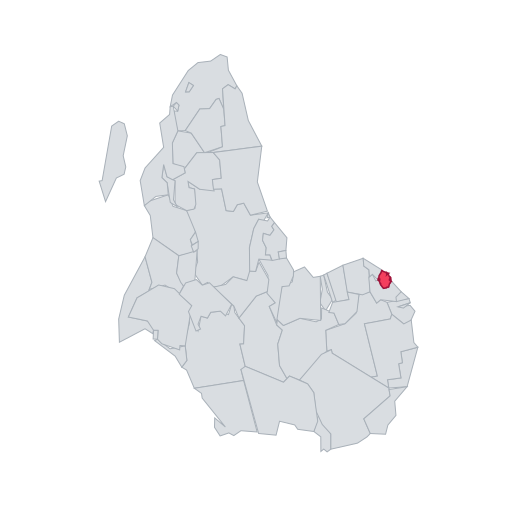 Sierra Leone highlighted on a map of Africa, rotated 171°
{"feature_id": "SLE", "entity_name": "Sierra Leone", "entity_type": "country or territory", "adm_level": 0, "iso_a3": "SLE", "parent_name": "Africa", "parent_adm1": "", "projection": "equal_earth", "projection_center": [-11.928, 8.452], "detail": "fine", "context": "in_parent", "style": "filled", "palette": "rose", "viewbox_px": 512, "rotation_deg": 171, "n_neighbors": 49, "source": "natural_earth", "source_scale": "50m", "svg_char_len": 11728}
<svg xmlns="http://www.w3.org/2000/svg" viewBox="0 0 512 512"><g transform="rotate(171 256 256)"><path d="M332.2,268.3L354.9,290.2L354.1,312.5L358.4,323.2L354.8,326.6L333.1,330.2L330.2,318.0L317.4,311.7L312.9,301.0L312.0,289.1L318.3,282.4L316.9,269.4L332.2,268.3Z" fill="#d9dde1" stroke="#a8b0b8" stroke-width="1"/><path d="M145.5,104.8L145.5,113.2L131.9,112.9L132.0,127.2L128.1,127.7L127.9,138.8L110.4,140.6L127.2,103.3L145.5,104.8Z" fill="#d9dde1" stroke="#a8b0b8" stroke-width="1"/><path d="M312.0,289.1L317.4,311.7L308.7,312.7L306.2,331.8L311.5,334.0L311.5,340.3L301.1,330.7L279.5,327.7L278.4,305.5L271.4,303.5L266.5,309.6L259.8,310.1L255.1,297.2L237.1,296.7L243.4,289.1L247.6,291.9L253.9,283.5L261.2,265.2L264.9,238.0L268.9,233.1L281.8,239.0L295.8,231.8L303.3,231.9L308.0,237.5L313.6,235.6L320.2,249.7L314.6,259.2L312.0,289.1Z" fill="#d9dde1" stroke="#a8b0b8" stroke-width="1"/><path d="M365.7,272.6L362.9,246.3L367.8,237.8L380.0,233.3L391.6,215.7L373.4,208.8L368.0,200.7L370.2,195.5L377.0,201.5L404.4,192.2L401.5,215.2L392.2,237.9L365.7,272.6Z" fill="#d9dde1" stroke="#a8b0b8" stroke-width="1"/><path d="M354.9,290.2L332.2,268.3L337.1,251.5L332.3,237.7L337.8,230.3L350.4,241.5L366.6,239.7L362.9,246.3L365.7,272.6L354.9,290.2Z" fill="#d9dde1" stroke="#a8b0b8" stroke-width="1"/><path d="M290.6,214.4L287.2,211.8L285.7,210.1L285.8,203.5L278.2,189.0L282.0,171.1L285.7,171.5L283.8,146.3L288.6,146.3L287.7,135.0L337.6,135.0L342.4,154.2L346.7,157.8L340.6,163.7L339.7,183.3L332.1,200.4L331.4,211.7L325.0,190.9L319.7,205.1L313.7,202.3L309.5,207.5L299.8,207.1L292.4,202.4L287.6,212.1L290.6,214.4Z" fill="#d9dde1" stroke="#a8b0b8" stroke-width="1"/><path d="M283.9,148.7L285.7,171.5L282.0,171.1L278.2,189.0L282.6,197.4L262.0,216.4L250.4,219.1L244.3,206.7L250.8,204.1L246.4,184.7L241.6,178.7L248.3,165.6L249.9,144.1L244.6,130.1L248.6,127.0L283.9,148.7Z" fill="#d9dde1" stroke="#a8b0b8" stroke-width="1"/><path d="M248.3,427.1L250.5,424.3L256.7,429.6L262.9,426.4L264.9,406.0L267.9,417.4L270.9,416.9L278.8,408.8L288.5,410.0L306.3,390.9L313.6,391.8L315.3,403.7L314.0,412.0L310.7,411.3L308.5,417.0L310.6,420.0L317.4,416.9L313.3,428.0L293.9,449.8L283.1,456.1L270.3,455.6L259.7,460.6L253.4,457.1L254.2,443.8L248.3,427.1ZM299.9,429.1L296.3,428.6L291.1,434.2L295.2,437.8L299.9,429.1Z" fill="#d9dde1" stroke="#a8b0b8" stroke-width="1"/><path d="M299.9,429.1L295.2,437.8L291.1,434.2L296.3,428.6L299.9,429.1Z" fill="#d9dde1" stroke="#a8b0b8" stroke-width="1"/><path d="M313.6,391.8L300.7,387.5L290.7,366.1L298.3,367.3L313.1,353.3L323.6,360.3L320.9,380.8L313.6,391.8Z" fill="#d9dde1" stroke="#a8b0b8" stroke-width="1"/><path d="M306.3,390.9L288.5,410.0L278.8,408.8L270.9,416.9L267.9,417.4L264.9,406.0L266.2,389.6L270.4,389.4L272.0,369.1L290.7,366.1L300.7,387.5L306.3,390.9Z" fill="#d9dde1" stroke="#a8b0b8" stroke-width="1"/><path d="M266.2,389.6L262.9,426.4L256.7,429.6L250.5,424.3L248.3,427.1L244.3,418.9L242.4,391.0L233.1,363.6L290.0,365.2L272.0,369.1L270.4,389.4L266.2,389.6Z" fill="#d9dde1" stroke="#a8b0b8" stroke-width="1"/><path d="M111.5,183.1L107.6,176.6L114.1,166.6L120.7,165.8L131.0,177.2L133.9,189.8L111.6,190.1L110.9,185.7L123.8,183.6L111.5,183.1Z" fill="#d9dde1" stroke="#a8b0b8" stroke-width="1"/><path d="M133.9,189.8L131.0,177.2L133.2,172.8L159.5,172.1L154.9,118.4L161.3,118.3L196.0,148.1L196.2,151.7L200.9,151.1L198.8,171.7L178.7,175.2L166.2,183.8L160.3,201.9L149.0,202.8L144.2,190.6L139.7,193.3L133.9,189.8Z" fill="#d9dde1" stroke="#a8b0b8" stroke-width="1"/><path d="M110.4,140.6L127.9,138.8L128.1,127.7L132.0,127.2L131.9,112.9L145.5,113.2L145.5,104.8L161.3,118.3L154.9,118.4L159.5,172.1L133.2,172.8L131.0,177.2L120.7,165.8L112.7,168.5L113.6,145.8L110.4,140.6Z" fill="#d9dde1" stroke="#a8b0b8" stroke-width="1"/><path d="M195.7,225.9L192.1,226.6L191.1,209.1L187.1,201.3L195.9,191.0L200.2,199.8L195.7,212.8L195.7,225.9Z" fill="#d9dde1" stroke="#a8b0b8" stroke-width="1"/><path d="M244.6,130.1L249.9,144.1L248.3,165.6L241.6,178.7L246.4,184.7L244.8,189.6L239.8,183.1L222.4,187.6L206.9,181.6L201.2,183.5L199.3,194.4L187.9,187.4L184.9,175.4L198.8,171.7L200.9,151.1L232.4,126.7L241.7,132.2L244.6,130.1Z" fill="#d9dde1" stroke="#a8b0b8" stroke-width="1"/><path d="M195.7,225.9L202.2,182.2L222.4,187.6L239.8,183.1L246.6,191.9L235.1,221.7L224.2,224.8L221.1,234.6L209.8,237.6L202.8,225.9L195.7,225.9Z" fill="#d9dde1" stroke="#a8b0b8" stroke-width="1"/><path d="M246.1,187.4L250.8,204.1L244.3,206.7L251.0,217.5L247.2,234.9L253.7,252.5L226.2,249.3L221.1,236.3L222.2,230.5L228.0,221.3L235.1,221.7L246.1,187.4Z" fill="#d9dde1" stroke="#a8b0b8" stroke-width="1"/><path d="M187.6,198.2L192.1,226.6L188.6,227.9L183.5,199.9L187.6,198.2Z" fill="#d9dde1" stroke="#a8b0b8" stroke-width="1"/><path d="M183.8,198.1L188.6,227.9L171.6,233.3L171.0,198.4L183.8,198.1Z" fill="#d9dde1" stroke="#a8b0b8" stroke-width="1"/><path d="M149.0,202.8L156.9,201.0L171.5,206.1L171.6,233.3L150.5,237.0L151.1,229.2L146.6,224.7L149.0,202.8Z" fill="#d9dde1" stroke="#a8b0b8" stroke-width="1"/><path d="M124.4,189.0L139.7,193.3L144.2,190.6L149.0,202.8L147.9,217.6L143.9,219.7L141.5,212.6L138.3,213.7L135.6,203.8L126.4,210.4L118.2,198.0L124.4,189.0Z" fill="#d9dde1" stroke="#a8b0b8" stroke-width="1"/><path d="M111.6,190.1L124.4,189.0L124.2,193.5L118.2,198.0L111.6,190.1Z" fill="#d9dde1" stroke="#a8b0b8" stroke-width="1"/><path d="M147.2,217.6L146.6,224.7L151.1,229.2L150.5,237.0L134.2,222.8L139.5,213.3L143.9,219.7L147.2,217.6Z" fill="#d9dde1" stroke="#a8b0b8" stroke-width="1"/><path d="M160.3,201.9L165.0,185.3L178.7,175.2L184.9,175.4L187.9,187.4L192.9,188.8L187.6,198.2L171.0,198.4L171.5,206.1L160.3,201.9Z" fill="#d9dde1" stroke="#a8b0b8" stroke-width="1"/><path d="M303.3,231.9L290.4,232.7L281.8,239.0L268.9,233.1L264.6,242.1L258.8,240.8L254.0,249.4L247.0,230.7L250.4,219.1L262.0,216.4L282.6,197.4L285.7,210.1L303.3,231.9Z" fill="#d9dde1" stroke="#a8b0b8" stroke-width="1"/><path d="M264.6,242.1L261.2,265.2L253.9,283.5L247.6,291.9L239.1,288.8L236.0,292.3L232.5,286.1L235.8,282.8L234.2,279.0L239.0,274.2L245.2,277.2L247.1,270.5L244.6,262.5L246.5,255.7L242.1,255.0L241.2,249.4L253.7,252.5L258.8,240.8L264.6,242.1Z" fill="#d9dde1" stroke="#a8b0b8" stroke-width="1"/><path d="M233.3,249.4L240.7,249.0L242.1,255.0L246.5,255.7L244.6,262.5L247.1,270.5L245.2,277.2L239.0,274.2L234.2,279.0L235.8,282.8L232.5,286.1L222.6,269.2L225.6,256.8L233.4,256.5L233.3,249.4Z" fill="#d9dde1" stroke="#a8b0b8" stroke-width="1"/><path d="M226.2,249.3L233.3,249.4L233.4,256.5L225.6,256.8L226.2,249.3Z" fill="#d9dde1" stroke="#a8b0b8" stroke-width="1"/><path d="M317.4,311.7L327.9,319.5L324.2,342.9L326.4,344.4L313.0,349.2L313.1,353.3L298.3,367.3L282.1,364.9L276.9,356.6L278.1,338.2L287.1,338.3L287.2,326.8L301.1,330.7L311.5,340.3L311.5,334.0L306.2,331.8L307.3,316.5L309.9,312.0L317.4,311.7Z" fill="#d9dde1" stroke="#a8b0b8" stroke-width="1"/><path d="M326.0,316.9L332.3,322.3L332.3,342.2L336.7,348.1L332.9,360.8L331.5,348.2L324.2,342.9L328.7,324.4L326.0,316.9Z" fill="#d9dde1" stroke="#a8b0b8" stroke-width="1"/><path d="M333.1,330.2L345.6,330.5L358.4,323.2L358.6,348.6L351.8,360.3L330.2,377.8L330.3,402.4L319.2,409.3L317.4,416.9L314.3,416.9L313.6,391.8L320.9,380.8L323.6,360.3L313.2,355.5L313.0,349.2L326.4,344.4L331.5,348.2L332.9,360.8L336.7,348.1L332.3,342.2L333.1,330.2Z" fill="#d9dde1" stroke="#a8b0b8" stroke-width="1"/><path d="M314.3,416.9L310.6,420.0L308.5,417.0L310.7,411.3L314.3,416.9Z" fill="#d9dde1" stroke="#a8b0b8" stroke-width="1"/><path d="M236.0,292.3L239.1,292.0L237.1,296.7L236.0,292.3ZM237.7,298.5L255.1,297.2L259.8,310.1L266.5,309.6L271.4,303.5L278.4,305.5L279.5,327.7L287.6,328.6L287.1,338.3L278.1,338.2L276.9,356.6L282.1,364.9L233.1,363.6L243.1,328.9L237.7,298.5Z" fill="#d9dde1" stroke="#a8b0b8" stroke-width="1"/><path d="M317.1,276.9L318.3,282.4L312.0,289.1L310.8,279.4L317.1,276.9Z" fill="#d9dde1" stroke="#a8b0b8" stroke-width="1"/><path d="M396.1,333.2L399.2,354.5L396.2,354.5L378.2,406.9L370.6,410.6L365.4,407.2L364.3,394.8L371.5,375.8L370.7,364.3L373.5,357.4L381.7,354.9L396.1,333.2Z" fill="#d9dde1" stroke="#a8b0b8" stroke-width="1"/><path d="M110.9,185.7L118.5,181.5L123.8,183.6L110.9,185.7Z" fill="#d9dde1" stroke="#a8b0b8" stroke-width="1"/><path d="M219.4,88.9L209.9,68.5L212.3,53.5L216.4,51.4L219.3,54.7L222.5,52.8L220.3,67.3L226.3,73.6L219.4,88.9Z" fill="#d9dde1" stroke="#a8b0b8" stroke-width="1"/><path d="M145.5,104.8L145.4,96.9L175.0,78.3L170.9,62.8L174.6,60.0L185.0,55.3L212.3,53.5L209.9,68.5L216.9,79.2L221.1,93.7L220.3,112.0L225.0,121.6L232.4,126.7L206.8,148.6L196.2,151.7L196.0,148.1L145.5,104.8Z" fill="#d9dde1" stroke="#a8b0b8" stroke-width="1"/><path d="M340.0,178.3L340.6,163.7L346.7,157.8L351.5,169.7L369.4,188.3L366.3,189.2L355.4,177.8L340.0,178.3Z" fill="#d9dde1" stroke="#a8b0b8" stroke-width="1"/><path d="M127.2,103.3L141.7,90.9L142.7,76.7L152.2,68.4L155.9,59.7L170.9,62.8L175.0,78.3L145.4,96.9L145.5,103.3L127.2,103.3Z" fill="#d9dde1" stroke="#a8b0b8" stroke-width="1"/><path d="M337.6,135.0L287.7,135.0L282.4,82.0L298.2,85.8L306.0,82.1L310.5,85.5L319.6,83.9L323.8,93.3L322.1,102.5L313.0,91.9L331.4,124.1L331.3,128.8L337.6,135.0Z" fill="#d9dde1" stroke="#a8b0b8" stroke-width="1"/><path d="M281.2,80.3L288.6,146.3L283.9,148.7L248.6,127.0L241.7,132.2L225.0,121.6L220.3,112.0L220.9,83.1L226.3,73.6L241.9,78.3L244.2,83.1L258.6,89.1L264.2,75.9L281.2,80.3Z" fill="#d9dde1" stroke="#a8b0b8" stroke-width="1"/><path d="M391.6,215.7L380.0,233.3L356.7,242.6L341.7,236.5L327.2,217.0L340.0,178.3L345.1,179.5L346.1,175.2L362.7,184.0L366.3,189.2L364.4,197.9L368.8,198.6L373.4,208.8L391.6,215.7Z" fill="#d9dde1" stroke="#a8b0b8" stroke-width="1"/><path d="M366.3,189.2L370.6,190.1L368.8,198.6L364.4,197.9L366.3,189.2Z" fill="#d9dde1" stroke="#a8b0b8" stroke-width="1"/><path d="M332.2,268.3L313.3,270.6L320.4,240.5L332.3,237.7L334.5,241.8L337.1,251.5L332.2,268.3Z" fill="#d9dde1" stroke="#a8b0b8" stroke-width="1"/><path d="M316.9,269.4L318.4,276.1L310.8,279.4L312.0,272.2L316.9,269.4Z" fill="#d9dde1" stroke="#a8b0b8" stroke-width="1"/><path d="M318.6,242.1L313.6,235.6L306.1,236.8L287.6,212.1L295.5,201.6L299.8,207.1L309.5,207.5L313.7,202.3L319.7,205.1L323.9,197.7L322.2,192.5L327.0,191.3L331.4,211.7L327.2,217.0L337.8,230.3L329.7,240.4L318.6,242.1Z" fill="#d9dde1" stroke="#a8b0b8" stroke-width="1"/><path d="M139.2,212.9L139.2,213.1L139.1,213.9L138.9,214.6L138.8,214.8L138.2,215.0L138.0,215.3L137.8,216.3L137.6,217.1L137.5,217.3L136.6,218.4L136.1,218.9L135.7,219.2L135.4,219.7L135.0,220.2L134.5,221.0L134.1,221.9L133.9,222.1L133.7,221.9L132.9,221.1L132.1,220.5L130.3,219.6L129.7,219.3L129.7,219.0L129.9,218.4L129.5,217.7L129.7,217.2L129.3,217.5L128.7,217.4L128.4,216.9L128.1,216.8L127.9,216.6L127.7,215.4L127.6,214.9L127.3,214.5L126.8,214.5L126.5,213.8L126.2,213.2L126.3,212.9L126.5,212.9L126.7,213.1L127.1,213.2L127.5,212.6L127.8,212.3L127.9,212.0L127.8,211.9L127.6,212.1L127.0,212.1L126.9,212.3L126.6,212.3L126.4,211.7L126.4,211.2L126.5,210.8L127.1,210.7L126.8,210.5L126.3,209.9L126.2,209.6L126.4,209.5L126.7,209.5L126.9,209.6L127.1,209.5L127.3,209.3L127.4,209.0L127.6,208.3L128.2,208.1L128.5,207.7L128.8,207.0L128.9,206.6L129.1,206.4L129.2,206.2L129.4,205.8L129.5,205.3L129.6,204.8L129.9,204.6L130.6,204.4L131.2,204.8L132.1,204.5L132.2,204.1L133.0,204.1L134.1,204.1L134.9,204.1L135.2,204.2L135.3,204.5L135.6,205.0L135.9,205.3L136.3,206.0L136.7,206.9L137.2,207.6L137.4,208.0L137.5,208.2L137.5,208.3L137.3,208.7L137.2,209.2L137.2,209.3L137.3,209.4L137.8,209.5L137.8,210.0L137.8,210.6L138.1,211.3L138.3,211.7L138.3,211.9L137.7,212.6L137.5,213.4L137.4,213.6L137.4,213.8L137.5,213.8L137.8,213.9L138.0,213.9L138.3,213.6L138.7,212.9L138.9,212.8L139.2,212.9ZM129.5,219.0L129.4,219.2L129.1,218.8L127.6,218.2L128.1,217.9L129.1,217.8L129.4,218.0L129.5,218.2L129.6,218.4L129.5,219.0Z" fill="#f43f5e" stroke="#9f1239" stroke-width="1.5"/></g></svg>